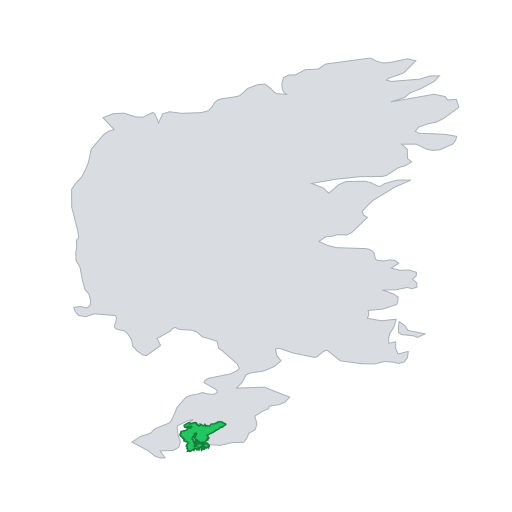 Milford Lea-3, Donegal, Ireland shown in context, rotated 185°
{"feature_id": "5873133B66186119395880", "entity_name": "Milford Lea-3", "entity_type": "district", "adm_level": 2, "iso_a3": "IRL", "parent_name": "Ireland", "parent_adm1": "Donegal", "projection": "equal_earth", "projection_center": [-7.731, 55.125], "detail": "fine", "context": "in_parent", "style": "filled", "palette": "green", "viewbox_px": 512, "rotation_deg": 185, "n_neighbors": 0, "source": "geoboundaries", "source_scale": "gbopen_adm2", "svg_char_len": 9101}
<svg xmlns="http://www.w3.org/2000/svg" viewBox="0 0 512 512"><g transform="rotate(185 256 256)"><path d="M341.6,75.1L328.2,81.9L326.1,84.4L322.4,94.8L321.9,97.7L313.5,109.2L308.7,111.6L301.6,113.5L297.6,115.3L292.5,114.4L286.0,114.5L282.8,116.6L283.0,118.2L284.9,120.0L296.8,125.3L296.1,127.5L292.8,130.0L271.4,136.3L265.0,140.0L262.8,142.5L265.1,146.7L282.1,159.2L285.0,160.5L287.5,167.8L302.6,170.9L308.8,175.4L314.1,176.5L325.7,176.1L330.3,177.8L332.9,176.5L334.4,174.1L347.4,165.2L343.3,158.6L356.3,147.3L359.9,147.5L366.0,150.9L371.1,155.7L372.7,162.1L377.6,167.9L380.6,169.9L389.0,171.1L390.9,173.3L389.5,181.7L390.8,184.5L411.9,184.3L420.4,180.6L427.7,181.3L431.4,185.1L433.0,188.9L426.7,190.4L420.1,189.6L416.9,192.1L416.8,197.0L419.1,203.4L423.5,207.8L427.2,218.0L430.2,229.2L434.9,236.0L435.9,244.5L435.3,248.6L436.2,256.1L434.3,258.7L435.8,265.8L443.8,288.5L445.5,306.3L441.8,312.9L436.7,319.3L433.5,326.8L431.0,334.9L429.5,348.0L418.6,363.4L413.9,367.3L408.4,369.6L420.5,380.4L410.7,385.3L400.0,386.8L388.1,384.1L380.7,384.4L371.4,390.0L369.2,389.0L364.7,380.1L361.5,389.3L354.7,392.2L343.0,391.6L323.4,394.0L315.9,396.6L312.8,400.7L310.4,405.5L307.4,408.3L303.9,409.7L288.8,413.2L285.8,414.6L278.8,422.3L269.6,426.7L262.0,428.0L255.2,423.6L252.4,420.9L249.3,419.5L238.9,419.7L242.2,421.1L244.3,424.3L245.3,430.3L244.1,436.2L239.0,439.2L232.8,439.8L223.1,445.9L210.3,447.6L203.4,453.3L161.0,462.8L158.6,463.0L152.8,460.5L146.5,459.4L140.2,460.2L122.4,465.6L113.8,464.5L124.9,451.2L139.7,444.5L141.2,442.6L136.5,441.7L108.5,446.4L98.7,450.4L89.0,451.5L93.6,445.5L106.2,437.2L117.1,431.7L121.8,426.8L135.0,421.3L92.5,432.7L81.4,431.3L78.8,428.1L70.1,429.6L66.9,421.9L80.0,410.3L87.5,405.3L96.5,402.6L105.1,398.7L108.3,394.0L104.3,392.5L78.7,393.7L66.5,392.7L67.2,388.9L69.5,384.8L82.3,377.7L89.2,376.6L95.3,377.2L106.1,381.4L120.5,380.1L114.6,375.5L113.6,366.3L109.1,363.3L115.0,359.0L121.8,356.4L133.1,347.6L137.1,346.3L159.3,344.1L183.2,339.5L206.9,333.1L194.8,329.6L189.0,324.9L179.6,334.4L172.8,338.0L153.8,340.0L147.8,338.9L139.4,335.9L136.8,337.1L134.3,339.3L121.7,344.0L108.4,345.1L123.9,336.6L143.6,322.1L148.0,317.5L154.2,309.6L152.4,306.1L148.4,304.1L162.6,287.8L167.6,284.8L176.6,284.4L183.3,281.8L186.2,281.8L188.8,280.8L194.6,275.9L185.7,272.8L176.5,271.3L148.0,272.9L144.3,272.6L140.7,271.1L138.5,268.9L136.8,263.4L134.7,262.2L128.3,262.2L122.0,263.9L117.5,263.7L113.2,261.3L120.2,255.7L111.3,254.3L102.3,255.4L94.8,253.7L94.6,250.2L98.1,246.7L93.7,243.4L92.8,239.1L97.6,237.1L102.8,237.8L113.4,234.6L127.0,233.1L115.4,230.1L110.8,227.4L110.7,223.4L111.6,220.0L125.2,214.1L139.5,211.6L138.5,207.7L139.6,203.6L125.1,202.4L110.8,205.3L112.4,197.4L116.0,190.3L116.7,185.6L116.1,180.6L109.4,182.7L108.7,175.7L105.9,170.8L96.0,174.2L96.3,167.8L99.3,163.3L104.5,161.4L109.6,162.2L119.1,162.1L128.3,158.8L141.6,157.9L162.7,158.9L177.1,168.4L180.8,166.7L186.7,160.7L189.4,160.1L211.3,162.7L224.8,166.1L228.5,165.1L226.5,158.4L221.9,153.8L227.8,147.8L235.0,143.7L239.7,141.7L250.7,139.2L255.5,136.8L258.7,129.1L263.8,122.7L236.3,126.0L210.1,118.4L214.3,113.0L219.9,110.0L229.4,107.7L230.3,104.9L235.2,102.5L243.2,96.4L240.3,88.5L241.9,82.6L247.6,78.9L249.4,73.4L252.0,69.4L263.6,68.0L274.8,64.3L292.0,63.8L296.5,65.3L295.5,58.7L303.5,57.9L306.7,59.2L308.1,63.8L311.8,66.8L312.9,72.0L310.5,75.9L306.3,79.0L310.1,82.2L304.3,87.8L310.6,85.4L319.6,79.9L319.1,75.3L317.6,69.6L315.1,64.4L316.2,58.8L321.2,55.2L334.5,53.5L329.0,47.0L333.9,46.4L339.1,47.8L346.9,52.8L363.3,59.8L355.3,66.1L345.5,70.4L341.6,75.1ZM107.9,200.0L107.5,203.1L101.2,199.3L98.2,195.1L80.8,193.1L88.2,189.0L91.7,190.2L104.0,190.4L107.4,192.1L107.9,200.0Z" fill="#d9dde1" stroke="#a8b0b8" stroke-width="1"/><path d="M271.0,85.7L271.4,85.6L271.4,85.9L272.7,86.5L274.6,87.0L274.9,87.2L274.9,87.5L277.4,87.9L278.9,87.4L279.6,87.4L279.8,87.2L279.6,87.1L279.9,86.8L280.5,86.5L283.0,85.1L286.0,84.6L286.4,84.2L287.1,82.9L287.7,82.5L290.2,82.5L290.3,82.7L291.3,82.1L291.5,82.7L291.8,82.7L291.9,83.5L292.2,83.8L292.5,83.1L293.7,82.2L294.3,82.4L295.7,83.4L297.0,83.6L296.7,82.5L297.8,82.1L297.8,81.9L298.5,81.9L299.2,82.9L300.0,82.8L299.9,83.2L300.3,83.5L300.2,83.7L301.2,84.7L302.3,84.7L302.2,84.3L302.7,84.4L303.9,84.3L304.4,84.1L304.5,83.7L305.3,83.7L307.0,82.9L306.8,83.4L307.5,83.9L307.5,84.2L308.3,84.1L310.8,82.8L310.8,82.3L312.8,81.1L312.6,80.6L312.7,80.1L312.0,79.2L311.1,79.1L310.3,79.7L308.7,80.0L308.6,80.3L307.9,79.8L307.3,79.8L307.0,80.2L306.3,80.3L305.9,80.7L304.8,80.9L306.0,80.5L306.0,80.2L305.7,80.0L306.5,79.7L306.7,79.3L306.6,79.0L306.1,79.1L306.5,78.7L307.0,78.8L306.8,79.1L307.2,78.7L307.5,79.0L309.5,78.3L309.6,77.8L309.3,77.4L309.5,77.0L309.3,77.0L309.9,77.0L310.5,76.2L311.6,75.7L312.8,75.6L313.6,75.1L315.2,74.8L315.6,73.9L315.5,73.5L315.1,73.2L315.1,72.7L315.6,72.6L316.2,71.9L316.0,70.8L315.8,70.7L315.9,70.2L315.7,70.5L315.4,70.4L315.2,70.2L315.3,69.9L315.2,69.9L314.2,69.9L314.0,69.1L313.4,68.4L313.1,68.5L312.5,68.1L312.6,67.8L311.5,67.3L311.6,67.2L311.2,67.0L311.7,66.4L311.6,65.9L311.5,66.0L311.6,65.8L310.3,65.1L309.8,65.0L309.5,65.3L307.9,64.7L308.0,64.6L307.0,63.4L308.0,62.8L308.6,62.0L308.5,61.4L308.8,61.0L308.9,60.4L308.4,60.3L308.5,60.1L308.3,60.3L308.0,60.0L308.0,59.0L307.9,59.1L307.6,58.6L307.8,57.9L307.2,57.6L306.9,56.8L307.0,56.5L306.1,56.3L306.6,55.8L306.4,55.8L306.5,55.7L305.5,55.9L305.1,55.5L304.2,55.7L304.2,56.0L303.1,56.6L302.8,57.1L302.0,57.3L301.2,57.0L301.4,57.5L301.2,57.5L301.4,57.8L301.2,57.9L301.5,58.0L300.6,58.8L298.5,58.8L298.2,58.0L297.9,58.4L297.6,58.3L297.2,58.7L297.1,58.2L296.8,58.5L296.2,57.8L295.8,57.8L295.8,58.1L296.5,58.6L296.1,58.8L296.2,59.1L296.0,59.3L295.7,59.4L296.3,60.0L295.7,59.9L295.9,60.0L295.1,60.3L295.3,60.4L295.0,60.7L293.9,61.4L293.7,61.3L292.8,61.6L292.4,62.2L292.7,63.1L294.0,63.4L294.1,63.9L294.7,64.7L295.5,64.8L295.9,64.5L296.4,64.5L296.5,64.4L296.3,64.2L296.9,63.9L297.8,64.2L297.9,64.5L297.5,64.9L296.7,64.5L296.8,65.1L299.2,66.3L299.9,67.1L300.0,67.0L300.0,66.6L299.7,66.3L300.4,65.8L300.2,65.8L299.9,65.2L299.5,65.1L299.4,65.4L299.1,65.1L299.4,65.1L298.9,63.9L299.4,63.8L299.8,63.2L299.5,63.0L299.3,63.3L299.0,63.2L299.2,62.9L298.9,62.7L299.0,62.2L298.8,61.9L299.1,61.6L298.8,61.7L299.2,61.2L299.6,61.3L299.5,61.0L300.0,60.6L300.2,61.2L300.7,61.1L300.4,61.8L300.5,62.2L300.1,62.0L300.3,62.3L300.8,62.6L300.7,62.9L301.0,63.5L300.6,63.9L300.9,63.8L301.1,64.2L300.0,63.5L299.7,63.6L299.4,64.2L299.6,64.2L299.7,64.7L300.5,65.0L300.9,65.0L301.2,64.5L301.3,65.2L300.6,65.5L300.6,65.9L300.9,65.8L301.0,66.1L301.5,66.2L301.7,65.7L302.0,65.9L302.2,65.7L302.5,66.5L302.3,67.0L302.4,67.5L303.8,68.1L303.4,68.9L303.4,69.9L302.9,70.1L302.8,70.6L302.1,70.9L302.7,71.1L301.7,72.4L301.7,72.8L301.4,73.0L301.9,73.6L301.1,74.4L301.4,73.8L301.1,73.7L300.8,74.0L300.8,73.7L300.8,73.8L300.6,73.8L300.8,73.6L300.6,73.5L300.3,74.0L300.0,74.1L299.7,74.4L299.4,74.6L300.2,73.6L300.3,73.1L300.0,72.9L300.1,72.6L300.2,72.9L300.4,72.7L300.4,72.1L301.2,70.7L301.7,69.7L301.1,69.7L301.3,68.9L300.8,68.4L300.1,68.3L300.0,67.5L298.6,66.4L298.3,66.5L298.4,67.2L299.0,67.4L299.6,67.9L299.0,68.0L298.8,67.6L298.3,67.4L297.3,65.8L296.9,65.9L297.2,66.5L296.4,66.3L296.2,65.9L296.5,65.7L296.1,65.5L296.0,65.3L295.7,65.3L295.7,65.1L295.1,65.0L294.9,65.3L295.2,65.4L295.0,65.6L293.6,65.4L293.3,65.7L293.4,65.9L292.8,65.4L292.6,66.2L291.7,66.1L291.9,65.3L292.2,65.2L291.1,64.0L290.9,64.0L291.7,63.3L291.6,62.1L291.7,62.4L291.9,62.1L291.7,62.0L292.2,61.6L293.2,61.2L292.8,60.7L293.2,60.5L293.4,59.8L293.1,59.4L293.7,58.4L293.3,57.8L293.1,58.2L293.2,58.8L292.9,58.8L292.9,58.5L292.1,58.7L291.8,58.4L292.0,58.8L291.5,59.0L292.0,59.3L291.7,59.2L291.6,59.9L290.4,59.8L290.4,60.0L290.7,60.1L290.5,60.3L291.1,60.5L290.8,61.1L289.9,61.2L289.2,60.8L289.3,60.6L288.7,60.4L288.2,60.7L288.1,61.1L287.7,61.0L287.8,60.8L287.7,60.8L287.3,61.1L286.7,60.7L286.7,61.2L286.6,61.5L286.3,61.7L286.8,62.2L286.2,62.3L286.4,62.8L286.2,62.9L286.0,63.3L286.2,63.5L287.1,64.5L287.9,64.5L288.1,64.9L288.2,64.7L288.7,64.9L288.6,64.5L289.2,64.4L289.7,64.8L289.5,65.0L289.6,65.5L290.1,65.7L290.0,66.9L289.6,67.6L288.1,68.5L289.0,69.0L287.2,70.1L287.2,70.6L287.5,70.5L287.4,70.8L288.0,70.8L287.7,71.2L288.3,72.5L289.3,73.1L288.1,73.9L287.2,74.2L286.4,75.1L285.4,75.3L283.9,76.4L283.4,76.5L283.1,76.9L281.1,78.3L280.7,79.1L280.1,79.1L277.7,80.7L276.9,81.8L275.8,82.6L275.4,82.2L274.0,83.0L273.7,83.6L271.0,85.7ZM293.4,64.8L292.3,64.9L292.6,65.2L293.3,65.1L293.7,64.6L293.2,64.3L293.3,64.5L293.2,64.7L293.4,64.8ZM309.6,78.9L309.2,79.3L309.2,79.7L309.8,79.2L309.6,78.9ZM299.9,62.3L300.2,62.6L300.4,62.4L299.9,62.3ZM295.7,58.7L295.4,58.9L295.5,59.0L295.8,59.0L295.7,58.7ZM292.6,64.2L292.3,64.0L292.6,64.2ZM301.9,71.8L301.7,72.1L301.9,71.8L301.9,71.8ZM300.4,73.2L300.6,73.2L300.4,73.1L300.4,73.2ZM293.1,64.0L293.0,63.9L292.9,64.0L293.1,64.0ZM289.1,59.9L289.0,60.0L289.2,59.9L289.1,59.9ZM301.4,71.9L301.4,72.0L301.6,72.0L301.4,71.9ZM300.1,61.5L300.3,61.5L300.0,61.5L300.1,61.5ZM300.8,72.2L300.6,72.2L300.5,72.4L300.8,72.2ZM291.5,58.9L291.4,58.9L291.5,59.0L291.5,58.9ZM301.2,70.5L301.3,70.5L301.3,70.4L301.2,70.5ZM292.3,65.1L292.2,65.0L292.3,65.1Z" fill="#22c55e" stroke="#15803d" stroke-width="1.5"/></g></svg>